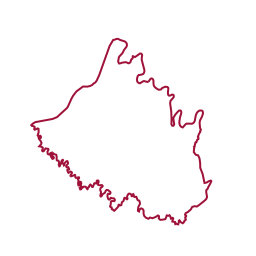 Phon Sai, Roi Et, Thailand (Equal Earth projection), rotated 195°
{"feature_id": "78962969B54867067631635", "entity_name": "Phon Sai", "entity_type": "district", "adm_level": 2, "iso_a3": "THA", "parent_name": "Thailand", "parent_adm1": "Roi Et", "projection": "equal_earth", "projection_center": [103.938, 15.482], "detail": "fine", "context": "isolated", "style": "outline", "palette": "rose", "viewbox_px": 256, "rotation_deg": 195, "n_neighbors": 0, "source": "geoboundaries", "source_scale": "gbopen_adm2", "svg_char_len": 5677}
<svg xmlns="http://www.w3.org/2000/svg" viewBox="0 0 256 256"><g transform="rotate(195 128 128)"><path d="M122.4,45.3L121.8,45.5L120.4,44.5L119.8,44.5L117.4,48.8L117.1,49.7L117.3,51.1L117.1,51.5L116.6,51.6L115.7,51.1L114.5,51.8L114.7,54.6L113.5,56.3L113.4,59.5L112.9,59.8L110.6,58.8L110.3,59.0L110.2,59.7L111.0,61.1L111.2,62.1L110.5,64.5L109.8,65.0L108.3,64.9L107.3,64.1L106.8,63.1L106.5,63.1L106.1,63.5L106.1,65.2L105.9,65.5L105.4,65.2L104.3,63.2L103.6,63.1L102.5,63.7L102.1,63.7L100.4,61.2L99.7,60.8L98.4,60.7L97.5,59.6L96.8,57.8L97.6,54.5L97.1,51.0L96.8,50.4L95.7,50.2L95.7,52.4L94.9,53.5L94.1,53.8L92.8,53.5L91.5,52.2L90.9,49.5L89.6,47.3L87.5,46.0L84.8,45.6L83.6,47.2L81.0,47.2L78.4,49.1L76.4,51.3L75.3,50.9L75.0,50.2L75.0,48.9L73.9,47.9L73.0,47.7L70.9,48.4L68.4,49.6L68.0,51.6L68.0,53.3L67.8,53.7L66.4,53.6L65.3,54.5L64.1,53.3L63.1,51.5L62.6,51.7L61.9,52.7L61.1,52.6L60.8,52.1L61.1,50.0L61.0,49.1L58.2,49.4L57.8,48.9L57.8,47.7L57.5,47.4L56.9,48.2L55.8,47.8L54.5,47.9L54.6,50.3L54.9,51.4L54.5,52.2L54.0,52.0L53.2,50.9L50.5,50.1L49.8,51.0L49.7,51.9L49.3,52.3L49.4,53.3L48.4,54.4L49.6,56.3L49.0,57.5L49.1,58.3L49.4,58.5L49.9,58.3L50.5,59.2L50.2,60.8L48.7,62.0L46.9,64.6L46.1,65.9L45.8,67.7L45.4,68.5L43.4,69.7L41.1,70.0L39.3,72.1L34.9,78.1L34.0,79.8L33.8,81.9L35.7,85.9L36.3,88.1L35.3,90.1L35.2,91.5L34.0,96.2L33.8,98.3L34.3,98.6L34.8,98.5L36.2,97.5L37.9,95.7L39.9,94.7L43.9,102.7L47.9,108.2L49.2,112.7L51.1,117.2L53.2,119.7L55.6,119.7L58.2,121.7L58.9,125.3L58.8,126.2L59.4,127.0L58.8,127.9L59.1,128.7L59.0,130.0L59.2,131.2L58.9,131.8L58.3,131.9L58.1,134.6L57.2,135.4L57.3,136.4L57.7,136.7L57.8,137.5L58.2,137.6L57.9,140.6L57.3,142.7L57.2,143.5L57.5,143.7L57.3,144.1L57.4,144.6L57.2,145.3L58.4,146.7L60.1,151.3L60.4,153.2L60.3,154.5L59.5,158.0L59.3,161.5L60.2,163.5L61.1,163.9L63.0,163.6L64.2,162.6L64.9,161.6L65.5,160.1L65.8,157.9L65.4,152.4L65.6,150.8L66.4,149.4L67.3,148.7L72.5,147.4L73.3,146.6L75.3,142.7L76.6,142.8L78.0,143.5L79.2,145.1L79.8,146.4L80.2,148.7L80.5,151.8L80.4,156.2L80.7,157.3L81.2,158.1L81.8,158.5L83.1,158.1L83.9,157.0L85.6,153.6L86.7,150.0L86.5,148.4L84.3,143.5L84.7,141.9L85.9,141.7L87.0,142.8L88.3,148.1L90.7,155.7L93.5,162.2L93.9,164.1L93.9,165.4L92.0,169.2L91.9,170.0L92.0,170.8L92.8,171.8L94.1,171.7L95.3,170.5L96.6,169.9L97.1,170.0L97.9,170.6L98.6,172.5L99.3,176.7L99.6,177.3L100.8,177.8L102.7,177.5L105.3,175.5L106.1,173.8L107.6,173.1L108.5,172.9L110.2,173.4L112.5,174.3L113.9,175.5L114.7,177.0L115.8,180.6L116.6,181.6L117.7,182.0L118.5,181.8L119.1,181.1L119.9,178.7L121.1,177.5L124.6,177.5L125.3,177.2L128.0,174.3L128.6,174.2L130.2,174.6L131.0,175.2L131.9,177.0L132.1,179.1L132.0,180.8L131.3,182.0L129.0,182.9L127.3,184.2L126.9,185.1L126.8,186.6L127.1,188.1L132.4,197.4L132.8,198.9L133.2,202.1L133.6,202.7L134.4,203.2L135.6,203.1L139.6,198.3L141.9,198.7L142.0,198.5L141.6,196.9L141.7,196.1L142.6,195.0L142.7,192.1L143.6,191.0L144.4,190.6L146.4,191.0L147.6,190.9L150.7,189.5L152.6,188.2L153.3,188.0L154.6,189.4L154.8,190.1L155.1,193.9L154.8,195.0L152.7,198.9L152.0,202.4L150.5,206.1L150.4,207.2L150.8,208.7L151.2,209.4L152.2,210.2L153.5,210.8L158.3,211.0L160.7,211.5L162.1,211.1L164.7,209.2L165.1,209.2L167.0,202.5L169.5,171.6L170.5,165.7L171.3,163.6L172.5,162.3L174.0,160.0L175.8,158.6L178.1,157.4L182.2,156.4L187.2,150.1L188.3,147.6L189.4,144.8L190.1,142.2L191.5,133.6L192.0,131.7L199.4,120.1L203.2,117.2L219.0,109.7L220.8,107.9L222.2,105.8L221.6,105.2L219.6,105.3L218.5,104.9L218.3,104.4L218.4,102.8L217.8,102.2L216.9,102.7L215.2,104.2L214.2,104.0L213.2,100.7L213.4,97.5L212.8,97.0L210.7,97.8L210.1,97.4L209.7,96.8L209.8,95.7L210.0,95.6L210.9,96.5L211.3,96.5L211.9,96.1L211.8,95.3L210.8,94.1L209.3,93.1L207.7,91.3L207.7,90.0L209.0,87.3L207.2,87.5L205.4,87.1L205.0,86.3L205.2,84.3L205.0,83.7L204.1,83.4L203.4,83.9L202.4,86.9L199.7,87.2L199.3,86.8L199.2,86.3L199.7,84.2L198.8,82.2L198.0,81.9L197.1,82.1L196.3,83.8L195.7,84.2L195.8,82.1L195.5,81.2L194.9,80.3L193.0,78.6L192.1,79.2L191.9,80.1L192.1,80.5L193.3,81.0L193.8,81.7L194.2,83.2L194.2,84.1L193.7,84.3L192.6,83.6L190.5,83.6L189.7,82.5L188.6,78.6L188.0,78.2L186.7,78.4L185.9,77.4L185.5,76.5L185.4,74.6L184.4,73.2L184.0,73.5L184.0,74.6L183.6,75.6L183.7,78.6L183.2,80.1L182.7,80.4L182.4,80.2L182.6,78.9L182.5,78.0L182.1,77.2L181.1,76.4L180.2,75.3L179.9,75.8L180.1,77.2L179.9,78.1L178.8,80.0L178.0,80.3L177.2,79.4L176.8,78.4L176.9,77.6L177.8,75.7L177.7,74.7L176.9,74.1L175.6,74.7L174.2,73.2L174.3,72.5L175.5,72.2L175.8,71.7L174.6,69.8L173.8,69.3L172.1,71.1L171.1,70.8L170.6,70.4L170.5,69.7L171.3,67.3L171.2,66.9L170.4,66.6L168.5,67.9L167.3,69.0L166.9,68.9L166.1,66.8L165.6,66.4L164.6,66.7L163.1,67.6L162.5,67.6L162.3,66.9L163.2,66.3L163.3,65.7L162.2,64.6L162.0,61.9L161.5,60.5L161.0,59.7L160.2,60.0L160.0,60.9L160.8,63.1L160.2,63.7L159.3,63.5L158.7,62.2L158.8,61.1L158.4,59.6L158.5,58.6L159.2,57.5L158.2,56.3L157.4,56.8L157.1,58.9L156.4,58.7L156.2,59.0L156.2,59.6L155.9,59.8L153.8,60.3L153.2,60.0L151.9,58.6L151.3,58.4L151.1,58.8L151.3,60.0L150.4,61.1L150.4,62.3L149.8,63.6L149.2,63.5L147.5,61.8L146.8,61.9L146.6,62.3L146.3,65.8L145.9,66.1L144.4,66.1L144.2,66.8L144.5,68.6L144.3,69.2L143.7,69.5L143.2,69.5L142.6,69.0L142.4,67.7L142.6,66.4L142.1,65.3L140.7,65.3L138.4,66.1L137.5,65.5L137.5,64.7L138.9,63.1L139.0,61.8L138.7,60.8L137.4,59.0L137.2,55.4L136.7,54.8L136.0,55.1L135.3,57.6L133.6,59.4L133.2,61.7L132.7,62.5L131.5,62.9L128.7,61.8L128.1,60.9L128.2,60.0L128.6,59.5L130.1,59.4L130.5,58.5L130.2,56.7L128.9,54.5L128.1,54.0L127.5,54.0L127.2,54.3L126.8,55.7L126.4,56.2L125.4,55.9L124.7,56.2L123.1,56.3L122.1,55.2L122.0,54.6L122.3,53.8L124.7,53.3L125.2,52.9L125.4,52.2L124.9,49.4L125.0,47.6L124.6,47.2L123.2,47.0L122.8,45.6L122.4,45.3Z" fill="none" stroke="#9f1239" stroke-width="2"/></g></svg>